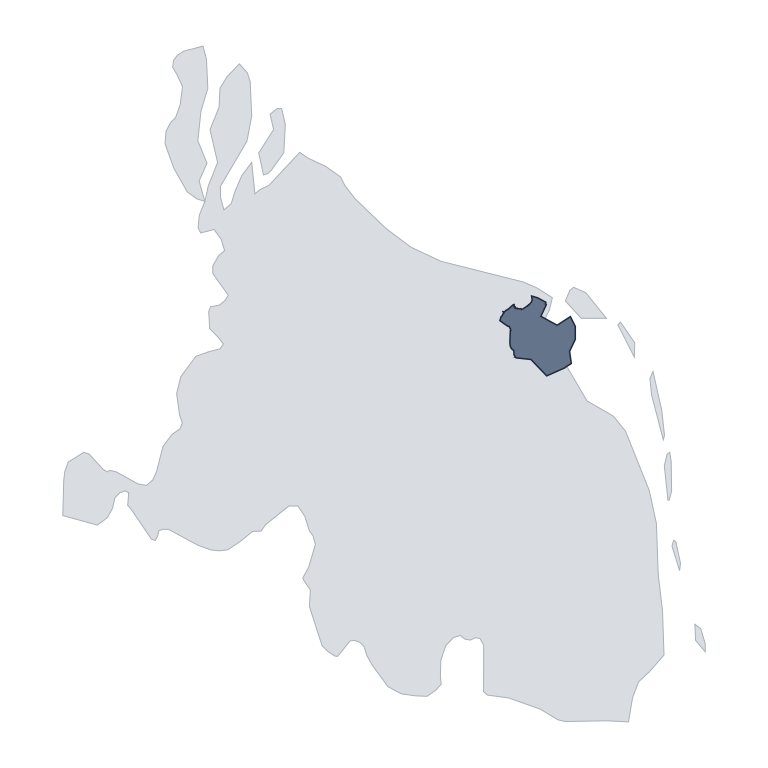 Hollands Kroon, Noord-Holland, Netherlands (highlighted), rotated 90°
{"feature_id": "6326949B67120856251926", "entity_name": "Hollands Kroon", "entity_type": "district", "adm_level": 2, "iso_a3": "NLD", "parent_name": "Netherlands", "parent_adm1": "Noord-Holland", "projection": "robinson", "projection_center": [4.878, 52.876], "detail": "fine", "context": "in_parent", "style": "filled", "palette": "slate", "viewbox_px": 768, "rotation_deg": 90, "n_neighbors": 0, "source": "geoboundaries", "source_scale": "gbopen_adm2", "svg_char_len": 6654}
<svg xmlns="http://www.w3.org/2000/svg" viewBox="0 0 768 768"><g transform="rotate(90 384 384)"><path d="M515.6,705.2L497.5,704.7L480.6,704.3L471.6,703.2L462.1,699.8L457.7,692.8L452.4,684.4L453.8,679.2L469.6,664.6L471.9,660.6L470.3,658.4L471.8,651.9L483.9,630.1L485.4,621.4L479.9,615.2L472.1,611.6L446.6,605.1L434.4,596.0L428.8,588.0L423.1,585.7L414.7,588.4L393.7,591.4L376.5,587.1L356.2,572.0L351.5,558.5L349.0,548.2L344.0,544.6L337.2,549.9L328.6,558.3L311.6,559.3L306.7,557.4L305.9,552.7L304.9,548.3L300.3,542.8L295.2,539.7L273.6,555.2L265.6,555.2L255.5,549.2L250.5,543.4L239.5,546.7L229.5,553.9L232.9,567.4L227.5,569.9L215.2,568.7L201.4,563.1L185.9,559.7L162.5,550.4L129.7,558.0L107.1,548.9L88.2,548.0L76.5,540.8L63.9,528.6L73.0,520.6L81.6,517.8L116.2,516.3L141.3,521.1L186.4,547.6L197.8,547.4L209.9,544.1L203.8,536.8L192.5,533.4L175.7,526.3L162.4,516.3L193.8,513.1L189.5,507.9L185.4,499.1L152.4,468.3L158.1,460.0L166.5,442.1L177.0,427.3L185.3,423.3L198.9,412.8L228.5,382.0L247.3,356.9L261.3,327.1L281.9,245.1L287.9,231.1L297.7,215.7L310.1,218.6L318.6,223.0L349.0,211.4L400.9,181.0L416.1,154.7L431.1,142.5L490.6,118.7L523.5,111.6L574.2,109.8L610.9,105.5L655.0,104.0L671.9,118.7L681.8,129.4L697.5,135.4L721.9,139.5L720.8,160.7L721.5,202.7L719.8,210.1L709.1,227.8L697.9,259.6L695.1,280.5L691.7,284.4L645.2,284.3L638.6,287.9L637.7,292.5L640.1,297.8L639.1,303.2L635.5,307.5L637.5,314.5L645.7,322.3L660.4,327.2L676.2,327.6L684.3,326.8L690.3,332.4L696.3,341.0L695.9,351.9L693.9,366.6L686.6,380.1L665.2,395.7L655.7,401.1L646.6,403.9L642.4,408.1L640.4,413.3L640.9,417.9L656.4,430.4L656.0,433.3L651.7,439.8L645.8,445.9L606.4,458.6L590.0,457.6L580.8,464.0L577.9,465.2L567.5,459.4L544.4,452.6L535.7,455.0L530.9,458.6L516.4,463.1L506.0,470.1L506.0,479.1L524.6,502.4L531.1,506.9L531.5,515.6L540.5,526.5L549.8,540.2L550.8,548.9L549.8,557.7L545.2,570.2L529.4,599.4L529.3,605.0L530.7,609.2L536.2,610.4L540.4,612.6L539.2,616.5L509.3,636.8L505.4,640.3L492.8,639.3L490.9,642.7L492.7,648.2L497.6,653.0L508.4,655.5L517.6,660.6L525.1,670.7L515.6,705.2ZM201.4,563.1L198.7,571.5L191.8,580.8L168.2,594.2L143.7,603.0L131.0,601.9L122.4,597.3L117.8,592.5L104.7,587.8L86.7,585.5L75.5,590.5L67.4,595.3L60.4,594.5L55.2,590.5L51.2,584.4L46.1,565.0L59.5,561.5L88.5,560.2L111.0,567.0L140.6,570.2L163.2,561.0L181.0,568.9L201.4,563.1ZM152.7,484.2L169.9,496.4L173.6,500.3L174.9,504.5L152.9,509.3L129.6,494.4L114.2,497.9L108.5,490.8L108.4,486.4L124.4,482.7L152.7,484.2ZM318.3,186.8L301.0,202.6L290.4,198.2L287.3,194.5L292.7,182.2L318.3,161.6L318.3,186.8ZM395.0,116.4L378.8,118.1L371.4,115.0L410.6,106.2L435.4,103.5L439.8,104.7L395.0,116.4ZM500.2,100.0L465.8,103.7L454.2,100.9L452.3,98.3L461.6,96.8L491.0,96.4L500.0,98.7L500.2,100.0ZM357.1,133.7L324.9,150.1L322.1,147.5L342.9,133.2L357.1,133.7ZM640.4,72.4L624.3,73.1L628.8,67.2L643.7,62.8L651.8,62.8L640.4,72.4ZM570.6,88.4L546.2,96.0L540.3,94.4L541.7,92.2L563.2,87.5L570.6,88.4Z" fill="#d9dde1" stroke="#a8b0b8" stroke-width="1"/><path d="M363.5,196.7L351.3,198.4L339.4,192.7L326.4,192.7L316.6,197.6L320.8,204.1L325.2,210.8L324.7,211.8L322.0,216.8L316.3,227.1L304.7,221.7L304.0,222.6L303.5,222.3L303.4,222.4L303.1,222.3L302.9,222.3L302.9,222.2L302.7,222.2L302.3,222.1L301.9,222.8L301.5,223.6L301.2,224.0L301.0,224.4L300.8,224.8L300.6,225.1L300.4,225.6L299.4,227.4L298.8,228.5L298.0,229.9L297.8,230.7L297.6,231.0L297.4,231.8L297.3,232.0L297.1,232.6L297.1,232.9L296.7,234.0L296.5,234.6L296.4,235.0L296.0,236.4L299.0,236.0L300.1,235.8L302.2,236.7L303.1,237.5L303.3,237.6L303.5,237.9L303.8,238.1L304.9,239.0L305.0,239.2L305.0,239.3L305.1,239.5L305.5,240.0L305.4,240.0L305.5,240.1L306.6,241.7L306.7,241.8L307.4,242.8L307.9,243.5L308.3,244.2L308.5,244.4L308.7,244.8L309.0,245.2L309.2,245.5L309.3,245.5L309.2,245.5L309.1,246.1L309.0,246.4L309.0,246.6L308.9,246.8L309.0,246.8L308.9,246.9L308.9,247.0L308.9,247.3L308.8,247.5L308.8,248.1L308.8,248.4L308.8,248.7L308.8,249.0L308.7,249.4L308.7,249.5L308.7,249.8L308.7,250.0L308.7,250.4L308.7,250.5L308.7,250.8L308.4,250.9L308.1,250.9L308.0,251.0L308.0,251.3L308.1,251.5L308.1,251.8L308.1,252.0L308.2,252.3L308.3,252.5L308.3,252.8L308.2,252.8L307.7,252.9L307.4,252.9L307.2,252.9L307.1,253.0L306.9,253.0L306.7,253.0L306.7,253.3L306.8,253.4L306.8,254.0L306.5,254.0L306.4,254.0L306.0,254.0L306.0,253.9L305.8,253.8L305.6,253.7L305.4,253.7L305.2,253.7L304.9,253.8L304.7,253.8L304.4,253.9L304.4,254.0L304.5,254.2L304.6,254.4L304.7,254.6L304.8,254.8L304.9,255.0L305.0,255.2L305.2,255.3L305.4,255.5L305.5,255.7L305.6,255.8L305.8,256.1L306.9,257.2L307.2,257.6L308.1,258.6L308.5,259.0L308.7,259.3L308.8,259.4L309.0,259.6L309.3,260.1L309.4,260.3L309.5,260.3L309.7,260.7L309.7,260.8L309.8,260.9L309.9,261.2L310.0,261.3L310.1,261.6L310.2,261.9L310.6,262.1L310.9,262.3L311.0,262.4L311.0,262.6L311.2,262.8L311.3,263.0L311.5,263.3L311.7,263.5L311.8,263.8L312.0,263.9L311.9,264.0L311.7,264.3L311.7,264.5L311.6,264.8L311.6,265.0L312.0,264.8L312.2,264.6L312.3,264.6L312.5,264.5L313.4,264.4L313.4,264.5L313.5,264.5L313.7,264.8L313.8,264.8L313.9,265.0L314.5,265.3L314.8,265.5L315.4,265.7L315.6,265.8L315.8,265.9L315.8,266.0L316.1,266.2L316.4,266.4L316.6,266.6L316.7,266.9L316.8,266.9L316.9,267.0L317.2,267.0L317.7,267.2L317.8,267.3L318.0,267.4L318.3,267.4L318.8,267.6L319.0,267.6L319.6,267.8L320.1,268.0L320.3,268.0L320.6,268.1L320.7,267.8L321.3,267.2L321.6,266.8L321.7,266.7L321.8,266.4L322.0,266.2L322.3,265.8L322.5,265.5L322.8,265.2L323.3,264.4L323.8,263.8L324.3,263.1L324.5,262.7L325.0,262.0L325.1,261.9L325.2,261.7L325.3,261.6L325.4,261.4L325.5,261.3L325.6,261.1L325.8,260.9L325.9,260.7L326.0,260.5L326.2,260.3L326.2,260.2L326.3,259.9L326.3,259.5L326.4,259.3L326.4,259.0L326.4,258.9L326.5,258.8L326.5,258.7L327.3,258.5L327.5,258.4L327.8,258.3L328.3,258.0L328.5,257.8L328.5,257.6L328.8,257.5L329.2,257.5L329.5,257.4L329.8,257.3L330.3,257.2L330.3,257.3L330.4,257.5L330.5,257.7L330.9,257.7L331.0,257.7L336.0,257.9L337.8,258.0L338.3,258.0L338.7,258.0L339.4,258.0L340.5,258.1L342.1,258.1L342.4,258.1L342.8,258.1L343.6,258.0L344.1,258.0L344.4,258.0L344.6,257.9L344.9,257.9L345.2,257.9L345.3,257.9L345.6,257.8L346.2,257.7L346.3,257.7L346.8,257.4L347.0,257.3L347.5,257.1L348.0,256.9L348.2,256.7L348.4,256.7L348.5,256.6L349.1,256.0L349.3,255.9L349.5,255.7L349.9,255.0L350.1,254.7L350.3,254.5L350.5,254.4L350.9,254.3L351.2,254.2L351.6,254.1L352.2,254.1L352.6,254.0L352.9,254.0L353.7,254.0L354.0,254.1L354.4,254.1L354.6,254.1L354.8,254.0L355.2,253.7L355.3,253.6L355.5,253.5L355.6,253.4L355.8,253.2L356.1,253.1L356.3,253.0L356.5,253.0L356.8,252.9L356.9,253.0L356.9,252.9L357.9,251.9L359.5,237.0L363.7,233.0L375.9,221.3L371.0,210.3L367.8,203.1L367.0,202.3L363.5,196.7Z" fill="#64748b" stroke="#1e293b" stroke-width="1.5"/></g></svg>